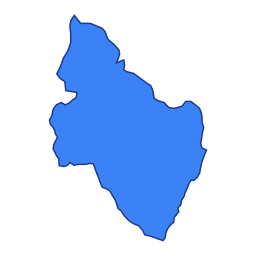 Avelinópolis, Goiás, Brazil
{"feature_id": "56859067B50448120203224", "entity_name": "Avelinópolis", "entity_type": "district", "adm_level": 2, "iso_a3": "BRA", "parent_name": "Brazil", "parent_adm1": "Goiás", "projection": "natural_earth1", "projection_center": [-49.768, -16.489], "detail": "fine", "context": "isolated", "style": "filled", "palette": "blue", "viewbox_px": 256, "rotation_deg": 0, "n_neighbors": 0, "source": "geoboundaries", "source_scale": "gbopen_adm2", "svg_char_len": 1561}
<svg xmlns="http://www.w3.org/2000/svg" viewBox="0 0 256 256"><path d="M59.2,165.6L63.8,166.5L67.1,165.5L70.1,162.6L74.1,165.3L77.4,164.5L80.8,164.3L85.1,164.4L90.0,163.4L93.4,163.9L94.9,168.2L96.7,173.3L98.3,177.0L100.1,182.2L102.3,187.2L106.4,188.8L109.9,190.9L112.6,195.8L115.3,200.1L116.9,204.7L118.1,208.6L121.0,210.6L124.2,215.6L127.7,219.5L130.7,221.9L134.2,224.0L138.6,225.7L142.6,230.3L144.7,234.8L148.3,235.6L153.2,237.0L157.5,238.7L163.1,240.6L165.1,237.8L166.0,232.5L167.8,228.4L170.0,225.4L173.8,222.0L174.1,217.6L176.3,214.8L178.8,211.5L177.7,207.8L180.7,205.1L181.5,200.5L184.0,196.4L185.0,192.9L187.0,188.6L188.6,184.3L190.8,180.3L193.9,180.3L197.2,177.4L199.7,172.9L200.6,167.6L201.7,162.5L204.0,156.2L206.5,150.1L202.0,148.0L200.7,143.4L201.7,137.5L202.5,132.1L203.7,127.7L202.2,123.0L202.0,117.0L201.2,112.5L199.4,108.2L190.9,101.4L185.9,101.4L181.9,106.3L174.0,108.4L168.7,107.5L164.2,102.6L157.5,100.4L154.3,98.5L153.4,94.2L152.7,90.0L150.7,85.7L144.7,81.6L138.8,77.2L133.5,73.4L126.8,71.7L123.6,69.8L124.6,65.3L123.8,59.9L116.5,62.8L118.2,58.5L119.6,54.3L119.0,50.3L114.7,45.1L107.9,39.3L105.2,31.9L102.3,28.4L90.4,23.4L80.6,23.3L74.2,15.4L70.8,20.7L69.9,25.9L70.7,33.8L70.7,42.6L67.9,50.8L63.3,58.3L60.7,65.9L56.8,73.9L60.2,78.5L64.8,81.6L65.8,90.6L77.0,92.5L76.2,97.5L72.5,100.0L69.2,103.1L65.1,104.9L61.3,102.5L56.5,104.7L53.2,109.2L51.9,115.9L49.5,120.0L50.4,124.1L52.7,126.9L54.6,130.2L55.5,134.0L57.5,137.0L53.9,144.2L53.1,148.8L55.0,152.5L56.7,156.0L58.7,158.7L59.2,165.6Z" fill="#3b82f6" stroke="#1e3a8a" stroke-width="1.5"/></svg>